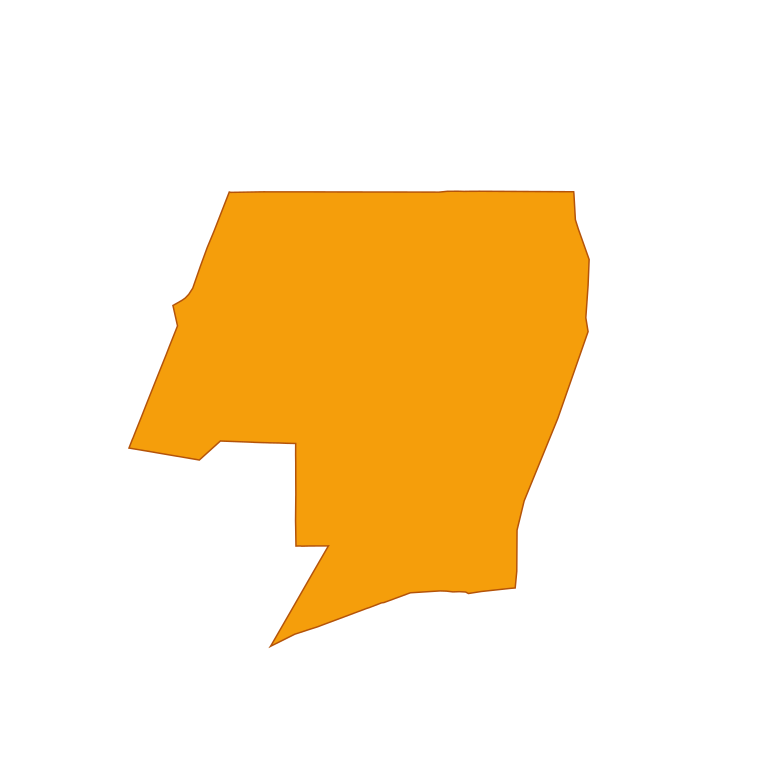 the district of San Miguel Xoxtla, Puebla, Mexico, rotated 63°
{"feature_id": "50627088B55674968003410", "entity_name": "San Miguel Xoxtla", "entity_type": "district", "adm_level": 2, "iso_a3": "MEX", "parent_name": "Mexico", "parent_adm1": "Puebla", "projection": "orthographic", "projection_center": [-98.306, 19.172], "detail": "fine", "context": "isolated", "style": "filled", "palette": "amber", "viewbox_px": 768, "rotation_deg": 63, "n_neighbors": 0, "source": "geoboundaries", "source_scale": "gbopen_adm2", "svg_char_len": 1478}
<svg xmlns="http://www.w3.org/2000/svg" viewBox="0 0 768 768"><g transform="rotate(63 384 384)"><path d="M218.2,536.4L238.5,541.6L253.1,558.2L259.2,565.0L275.6,583.8L293.1,603.7L303.3,615.2L313.6,627.0L318.3,632.3L318.8,633.0L325.3,640.3L328.2,636.4L340.2,620.2L341.2,618.9L353.8,602.0L367.4,583.7L367.9,583.1L360.5,555.6L361.0,554.8L376.6,526.8L376.8,526.6L381.1,518.8L383.2,514.9L384.5,512.6L385.6,510.5L386.9,508.1L388.8,504.5L392.6,497.7L396.9,489.7L407.0,494.9L413.9,498.3L420.2,501.5L425.7,504.3L443.2,513.1L443.7,513.4L465.9,525.0L471.5,527.7L488.4,536.0L490.4,532.0L491.2,530.8L494.7,523.5L495.1,522.7L502.8,507.5L503.0,507.0L520.8,534.5L545.2,571.8L565.8,603.5L566.2,604.2L566.4,577.2L568.8,561.9L570.2,553.4L570.9,546.9L576.1,501.3L576.5,498.9L577.9,485.5L578.7,483.3L582.0,455.3L593.8,428.0L596.9,422.4L600.5,417.0L603.2,411.2L606.4,405.7L609.0,403.9L613.0,391.7L613.1,391.4L623.3,364.6L625.3,359.7L611.1,350.7L574.6,331.8L551.8,312.2L493.6,244.8L430.0,178.4L416.6,174.1L388.8,157.4L377.6,151.1L366.2,144.7L334.2,140.5L324.5,138.9L300.9,128.5L298.8,127.7L296.0,133.2L255.3,212.0L254.4,213.9L251.3,220.0L248.6,225.5L248.3,226.0L245.7,230.8L245.4,231.4L241.0,240.2L239.7,243.6L238.0,247.9L215.5,291.8L193.9,334.1L180.2,360.8L167.1,386.5L158.1,404.1L157.5,405.3L146.8,427.2L143.7,433.5L142.7,434.7L170.7,466.1L182.2,479.6L195.5,493.9L211.8,510.9L215.5,517.3L217.2,522.2L217.7,525.7L218.0,531.2L218.2,536.4Z" fill="#f59e0b" stroke="#b45309" stroke-width="1.5"/></g></svg>